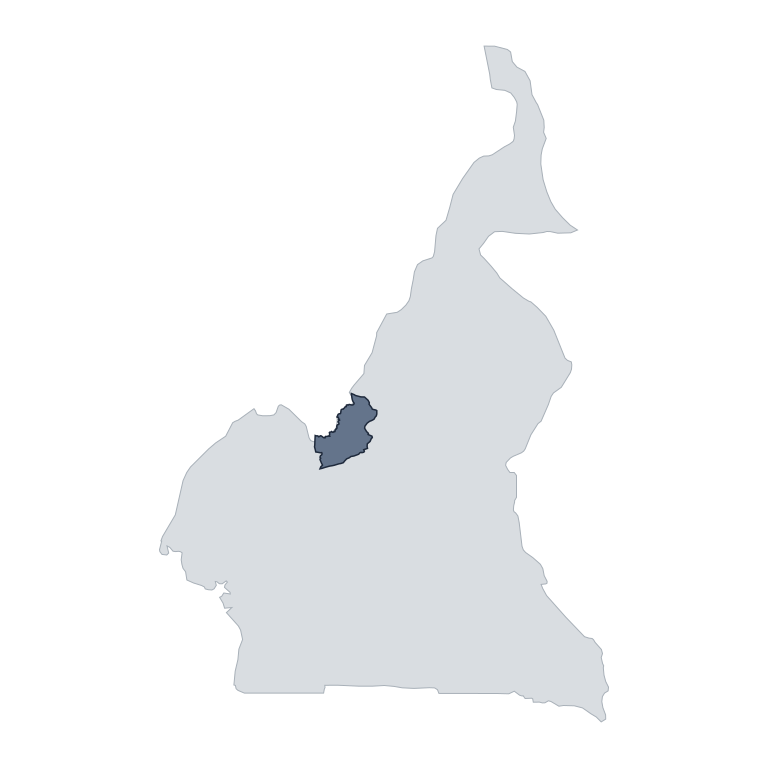 Mayo-Banyo, Adamaoua, Cameroon shown in context
{"feature_id": "32672807B95498803014525", "entity_name": "Mayo-Banyo", "entity_type": "district", "adm_level": 2, "iso_a3": "CMR", "parent_name": "Cameroon", "parent_adm1": "Adamaoua", "projection": "mercator", "projection_center": [11.642, 6.615], "detail": "fine", "context": "in_parent", "style": "filled", "palette": "slate", "viewbox_px": 768, "rotation_deg": 0, "n_neighbors": 0, "source": "geoboundaries", "source_scale": "gbopen_adm2", "svg_char_len": 6358}
<svg xmlns="http://www.w3.org/2000/svg" viewBox="0 0 768 768"><path d="M160.9,540.9L162.6,536.4L175.3,514.9L183.1,480.5L186.8,472.4L190.5,467.0L208.9,448.7L215.7,442.9L225.7,436.2L232.7,422.7L235.1,421.3L238.2,420.1L254.0,408.7L255.5,410.9L256.5,413.7L257.7,414.9L262.8,415.8L269.9,415.7L273.9,414.9L276.1,412.6L278.3,406.3L279.5,405.1L281.2,404.8L288.9,409.2L301.6,421.7L304.8,423.9L306.2,426.4L309.0,437.7L310.6,440.5L313.3,441.7L318.2,441.0L323.4,439.0L327.9,436.0L332.3,432.3L335.4,428.9L336.7,426.4L337.3,417.1L338.3,415.1L354.9,401.6L354.5,400.3L351.8,396.6L349.3,392.4L351.8,388.1L354.3,384.8L363.9,373.6L364.5,365.4L372.1,352.7L376.6,335.8L376.7,332.6L386.7,314.0L397.2,312.3L401.2,309.7L405.9,305.1L408.9,300.8L410.3,296.7L411.4,288.8L413.2,279.8L414.4,271.9L417.5,264.6L422.8,260.9L432.0,257.9L433.3,256.5L434.6,251.6L436.0,235.5L437.5,228.3L446.0,220.3L449.7,207.6L453.1,194.4L462.7,178.4L474.0,162.4L479.3,158.1L483.7,156.1L488.8,155.9L492.2,154.8L504.4,146.8L509.5,144.1L513.2,141.3L514.1,138.9L514.5,135.4L513.3,127.2L515.4,121.1L516.6,111.7L517.2,104.4L516.7,101.9L514.4,97.6L510.8,93.0L504.7,90.3L496.4,89.5L491.9,87.9L490.3,79.4L489.7,74.1L484.1,46.1L494.7,46.2L507.4,49.5L510.6,52.0L512.3,61.6L516.9,67.1L525.0,71.5L530.1,80.8L532.0,94.7L536.5,103.1L537.5,104.4L543.8,120.2L544.2,127.4L543.6,132.3L546.2,138.4L542.3,148.8L541.1,155.1L540.8,164.0L543.1,179.7L546.8,191.8L550.8,201.6L555.2,209.2L562.5,217.6L570.2,225.2L577.5,230.0L570.8,232.8L557.8,233.2L550.4,231.6L546.8,231.5L543.2,232.5L529.4,234.0L515.4,233.3L502.5,231.4L494.6,231.7L488.5,236.3L483.6,243.3L479.0,248.9L480.6,255.0L484.1,258.4L490.8,265.8L496.8,273.0L499.8,277.9L511.8,288.5L523.4,298.0L528.8,301.2L530.9,301.9L537.2,307.4L545.8,316.3L553.8,330.2L565.0,358.1L567.5,360.4L571.3,361.9L571.8,364.8L571.5,369.2L570.3,372.7L561.3,387.3L553.5,392.9L551.2,396.3L548.3,404.7L541.1,421.2L538.0,423.6L530.9,434.8L525.2,448.9L523.7,451.1L521.4,452.8L513.2,456.3L510.4,458.0L506.2,462.4L505.6,465.3L507.6,469.3L509.9,472.5L514.2,472.5L516.5,475.5L516.5,497.3L514.6,500.6L514.6,502.1L513.7,505.8L513.4,510.0L514.0,511.7L515.7,513.0L517.9,516.0L519.2,522.7L522.0,546.2L523.3,549.9L525.6,552.5L532.8,557.6L540.4,564.3L542.8,568.6L544.2,575.7L547.1,581.3L547.0,583.2L545.8,583.9L541.1,584.4L542.7,588.5L546.6,595.6L565.9,617.3L584.5,636.7L588.9,638.1L592.1,638.5L593.5,639.7L595.2,642.5L601.4,649.5L602.5,653.6L601.2,657.5L602.6,663.6L603.7,665.8L603.3,667.7L604.0,675.1L605.7,681.5L608.5,687.1L608.1,690.9L604.5,693.1L602.4,696.6L601.8,701.6L602.9,707.7L605.6,714.9L605.7,719.1L601.2,721.9L596.3,717.0L590.8,713.7L582.5,707.9L574.3,705.8L563.5,705.5L558.9,706.2L551.0,701.5L548.4,700.8L544.9,702.8L542.4,702.9L539.4,702.1L533.3,702.2L532.7,698.8L531.7,698.2L525.1,698.5L523.1,695.7L522.2,696.0L519.6,695.2L514.3,691.2L508.8,693.8L497.2,693.5L438.9,693.4L437.5,689.7L434.6,687.9L429.3,687.7L413.9,688.4L402.1,687.8L394.1,686.4L384.2,685.5L372.0,686.2L359.5,686.2L337.1,685.2L324.8,685.3L325.0,687.6L324.3,689.2L323.6,693.1L244.4,693.1L238.0,690.4L236.1,688.7L235.4,685.4L233.9,685.0L235.2,671.2L237.9,659.7L238.9,649.1L242.6,639.5L240.6,630.1L238.4,626.0L226.4,612.6L231.9,607.5L224.6,608.2L223.1,603.2L219.6,597.3L221.7,596.3L223.8,593.0L230.3,594.0L230.1,592.4L224.5,587.4L225.0,584.9L227.4,582.1L226.2,580.9L222.2,583.8L219.3,583.7L217.0,581.8L215.3,581.5L216.3,585.3L214.1,588.8L211.9,590.0L208.2,589.7L205.2,588.9L204.4,587.0L201.6,585.5L193.6,583.0L186.9,580.0L185.6,571.8L183.0,568.3L181.9,564.3L181.2,559.8L182.1,552.8L180.5,551.7L178.5,551.3L175.6,551.6L173.0,551.2L169.8,547.4L167.0,545.9L168.7,553.0L166.8,555.0L162.0,554.4L159.9,551.7L159.5,549.7L161.7,541.1L160.9,540.9Z" fill="#d9dde1" stroke="#a8b0b8" stroke-width="1"/><path d="M376.8,410.6L376.0,410.1L375.7,410.0L372.3,409.2L371.6,407.6L369.1,404.3L369.3,403.0L369.3,402.6L368.1,400.3L366.8,399.1L364.5,397.0L360.9,396.9L355.5,395.5L354.3,394.7L351.4,393.5L351.4,394.5L351.6,395.5L351.7,395.8L351.9,397.7L352.2,399.3L352.7,400.9L353.7,402.7L353.9,402.8L354.0,402.9L354.1,403.4L354.0,403.8L353.8,404.2L353.5,404.5L353.1,404.7L352.9,404.9L351.6,405.0L349.6,404.5L349.0,404.5L348.4,405.0L348.1,405.0L347.6,404.8L347.3,405.0L346.5,405.0L346.3,405.3L346.3,406.4L346.3,406.6L345.8,406.6L345.2,406.9L344.7,407.3L344.4,407.9L343.9,408.5L343.3,408.7L343.2,408.8L343.2,409.1L342.4,409.2L341.8,409.3L341.4,409.6L341.0,410.1L341.0,411.2L340.8,411.6L340.7,413.0L340.4,413.6L339.6,413.7L338.9,413.9L338.3,414.2L337.8,415.0L337.6,415.8L337.1,416.4L337.0,416.8L337.1,417.3L338.0,417.2L338.2,417.3L338.4,417.6L338.6,418.4L338.6,418.8L338.5,419.3L339.4,419.4L339.3,419.9L339.5,420.3L338.6,420.7L338.1,421.5L338.0,421.8L338.1,422.1L338.4,422.3L338.9,423.2L338.9,423.9L338.8,424.2L338.7,424.3L337.9,424.7L337.4,424.8L337.0,425.3L337.0,425.7L336.7,426.4L337.0,427.1L336.8,427.6L336.9,428.1L336.8,428.4L336.5,428.7L336.3,428.7L335.9,429.0L335.9,429.3L335.4,429.7L335.4,429.8L335.0,430.5L335.1,431.0L334.9,431.6L334.3,431.6L334.0,431.9L333.5,431.9L333.1,432.3L332.7,432.3L332.2,432.1L331.5,431.5L330.9,432.0L330.2,432.2L329.7,432.2L329.5,432.6L329.3,432.8L329.7,433.6L329.6,435.3L329.1,435.7L329.5,436.2L327.9,436.2L327.1,436.4L326.4,436.5L325.6,436.4L325.2,436.6L325.1,437.2L325.2,437.6L325.1,437.8L323.7,437.7L323.3,437.4L323.1,437.3L322.5,436.8L321.5,436.1L321.4,436.0L320.8,435.8L320.3,435.8L319.6,436.5L319.1,436.5L318.7,436.8L318.5,436.7L318.1,436.1L317.2,435.8L316.5,435.9L316.0,435.8L315.7,435.7L315.2,435.5L314.9,441.4L314.8,444.3L314.7,445.7L314.5,446.8L315.4,450.2L315.6,451.3L315.8,452.0L317.4,452.2L320.5,452.8L321.3,452.6L321.7,452.6L322.0,453.4L321.8,454.7L320.5,455.7L320.0,457.2L320.7,458.2L320.2,458.7L320.0,459.5L321.6,463.4L322.4,464.8L322.5,465.2L320.8,466.8L320.7,467.1L320.0,468.8L322.2,468.3L324.9,467.4L329.6,466.1L332.2,465.7L334.1,465.3L339.0,463.8L340.9,463.5L343.3,462.7L344.9,460.7L345.5,460.1L346.6,458.9L349.4,457.7L350.9,456.5L353.9,456.0L357.7,454.6L358.7,454.2L359.9,452.8L361.1,452.3L361.3,452.4L361.8,452.7L362.2,452.6L363.8,452.2L364.4,451.2L363.7,449.7L365.8,449.0L367.5,448.4L367.1,446.3L367.3,443.8L370.1,441.4L371.4,438.4L372.3,437.7L372.0,436.2L368.1,434.5L368.4,433.3L366.6,431.6L364.6,428.2L364.9,426.2L367.2,423.1L369.6,421.3L371.5,420.6L373.2,419.7L374.2,419.0L374.9,417.5L375.1,417.2L376.3,415.9L376.8,414.0L376.8,412.2L376.8,410.6Z" fill="#64748b" stroke="#1e293b" stroke-width="1.5"/></svg>